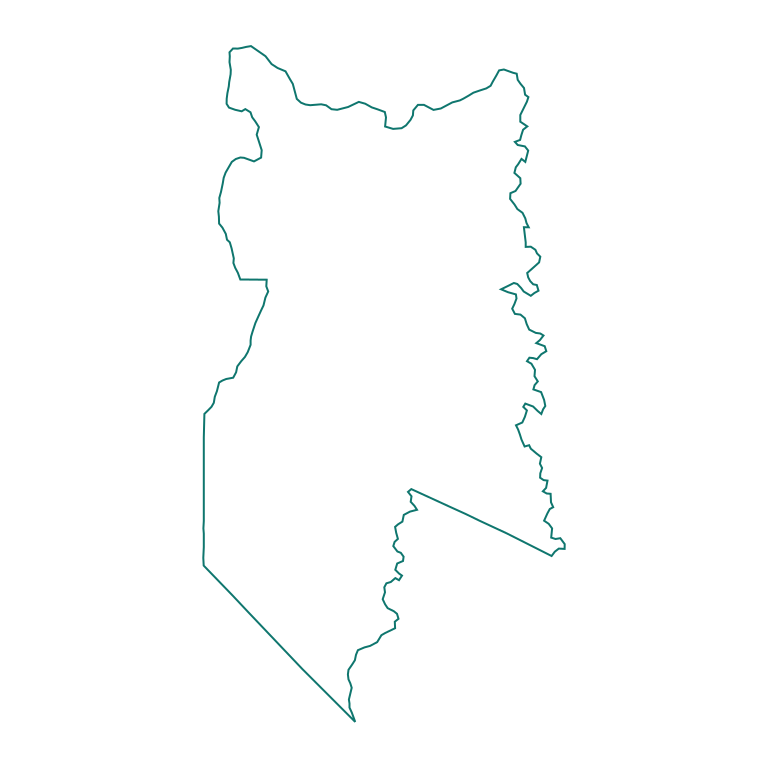 Assis Chateaubriand, Paraná, Brazil
{"feature_id": "56859067B81023332218751", "entity_name": "Assis Chateaubriand", "entity_type": "district", "adm_level": 2, "iso_a3": "BRA", "parent_name": "Brazil", "parent_adm1": "Paraná", "projection": "mercator", "projection_center": [-53.556, -24.444], "detail": "fine", "context": "isolated", "style": "outline", "palette": "teal", "viewbox_px": 768, "rotation_deg": 0, "n_neighbors": 0, "source": "geoboundaries", "source_scale": "gbopen_adm2", "svg_char_len": 4012}
<svg xmlns="http://www.w3.org/2000/svg" viewBox="0 0 768 768"><path d="M499.1,70.4L496.3,75.6L492.8,81.6L490.6,85.8L486.3,88.4L480.1,90.4L473.4,92.7L468.7,95.6L463.3,98.7L459.9,100.4L452.3,102.4L440.8,108.5L433.5,109.9L424.0,104.9L417.9,104.9L413.3,110.4L412.9,115.4L410.5,119.9L406.0,125.4L401.6,128.2L393.1,128.9L385.1,126.5L386.0,117.4L384.8,112.0L377.5,109.3L371.8,107.4L365.2,103.7L358.8,101.9L348.1,107.0L337.2,109.8L331.5,109.2L326.1,105.3L321.2,104.3L310.2,105.2L305.5,104.5L301.0,102.7L296.8,98.9L292.8,83.9L289.8,78.9L285.5,71.3L277.6,68.0L271.6,64.1L265.5,56.2L251.0,46.1L246.2,46.9L242.0,47.9L237.9,48.6L233.0,48.5L229.5,52.3L229.8,56.3L229.5,62.1L230.8,69.8L230.6,74.3L229.2,82.1L228.8,86.3L227.4,93.2L226.7,98.7L226.6,103.8L229.0,107.6L235.2,109.8L241.7,111.3L245.3,109.1L250.5,112.3L252.2,117.3L255.2,121.3L258.9,127.1L256.7,134.7L258.5,140.2L261.7,150.2L261.1,157.6L254.0,161.4L244.0,157.8L240.3,157.5L235.8,159.0L231.8,161.9L225.6,172.6L223.7,177.8L222.7,183.7L221.0,191.9L219.3,198.0L219.6,202.8L218.3,211.2L218.9,216.7L219.1,223.6L222.4,227.6L225.8,233.9L227.0,239.7L229.8,242.3L231.6,248.4L233.8,258.4L233.4,263.0L235.2,267.8L237.9,272.9L240.3,279.5L266.7,279.7L266.3,286.3L268.2,291.5L265.4,297.6L263.5,305.4L261.1,310.4L258.5,316.1L255.4,323.0L252.6,331.5L251.1,336.5L250.6,340.5L250.6,344.8L247.7,352.2L244.9,357.0L241.3,361.1L237.3,366.4L236.1,372.3L233.2,377.7L226.2,379.0L222.5,380.5L219.1,382.5L216.9,391.2L214.8,396.8L213.8,402.8L211.5,406.8L208.0,410.4L204.4,413.9L203.8,437.5L203.8,459.9L203.8,521.0L203.4,528.4L203.8,533.6L203.8,547.1L203.3,557.8L203.7,565.6L232.4,595.3L248.4,612.3L302.3,669.0L355.2,721.9L351.8,712.6L349.5,707.6L349.5,703.5L348.9,699.5L351.7,687.8L350.3,683.3L348.5,679.4L347.9,674.4L348.5,669.8L352.1,664.6L354.9,660.2L356.0,654.8L357.9,650.2L364.5,647.4L370.1,645.9L377.2,642.1L381.4,635.2L385.2,633.0L395.1,628.2L394.8,621.7L398.5,618.8L397.0,613.8L393.8,611.2L387.7,608.2L385.1,604.3L382.7,599.2L385.0,592.3L384.3,587.3L386.4,583.3L390.8,582.0L395.3,578.1L399.0,580.2L402.0,575.6L399.0,573.5L395.3,569.8L397.2,563.5L403.0,561.0L403.6,556.7L400.8,552.8L397.4,551.5L393.3,546.1L394.6,541.9L397.9,538.9L396.2,532.8L395.1,526.9L398.1,524.3L402.4,521.6L403.8,514.9L410.0,511.6L417.0,509.8L414.5,505.9L410.7,501.8L411.5,496.3L408.0,491.9L411.3,489.1L449.2,506.5L465.7,514.0L479.5,520.7L506.8,533.4L551.6,556.0L554.8,551.7L558.8,548.6L564.6,548.9L564.7,544.1L560.3,538.2L555.5,539.0L551.2,537.6L552.1,528.4L548.7,523.8L544.1,520.7L547.4,513.4L549.8,509.0L553.2,507.2L551.0,502.3L550.8,497.9L550.6,493.8L546.7,493.5L542.9,491.3L546.1,487.9L547.5,480.6L543.6,480.1L540.1,477.7L540.3,473.3L542.1,468.0L539.9,463.7L541.3,457.2L536.5,453.5L530.8,448.7L529.1,445.2L524.6,446.5L521.5,439.6L519.9,434.5L518.1,429.5L516.0,425.3L522.3,422.5L524.9,416.8L526.9,410.4L523.3,406.9L525.3,403.6L533.1,406.5L537.7,411.0L541.3,414.0L543.1,409.3L545.3,406.0L544.1,399.9L541.1,392.1L533.4,389.4L534.6,385.1L537.8,381.4L534.5,376.2L535.0,369.8L531.4,363.7L527.0,361.2L529.4,357.7L533.2,358.1L537.0,359.2L541.3,354.2L546.3,351.2L544.7,346.2L536.3,343.1L539.9,340.1L543.5,335.5L540.3,333.5L535.8,332.9L529.2,329.6L526.7,324.1L524.9,318.3L520.5,314.6L514.9,313.9L512.2,308.7L514.4,304.1L516.5,298.5L515.9,294.4L508.0,292.2L501.1,289.3L509.1,285.4L513.8,283.0L517.3,284.0L521.1,288.0L523.7,291.5L530.8,295.8L534.4,293.0L538.5,290.7L536.8,285.0L533.2,284.3L530.2,281.1L528.2,277.4L527.2,273.0L534.1,266.9L539.1,262.4L540.3,256.7L537.0,253.4L535.4,249.8L530.8,246.7L525.7,246.9L525.7,242.3L525.0,236.5L523.9,227.2L528.7,227.3L526.5,223.0L525.3,218.4L522.5,212.8L517.4,209.1L514.5,204.5L510.1,198.9L510.4,193.2L515.5,191.0L520.6,183.7L520.3,178.2L514.4,172.9L515.8,167.3L518.1,164.3L521.5,158.9L525.3,161.9L528.2,150.6L524.9,146.4L517.7,145.0L514.9,141.9L520.1,139.9L521.3,135.3L523.1,129.7L527.3,126.4L520.3,121.7L520.3,115.0L526.9,101.7L528.4,97.1L525.1,94.7L524.0,88.0L520.5,83.8L517.7,79.8L516.7,73.7L513.1,72.8L503.9,69.5L499.1,70.4Z" fill="none" stroke="#0f766e" stroke-width="2"/></svg>